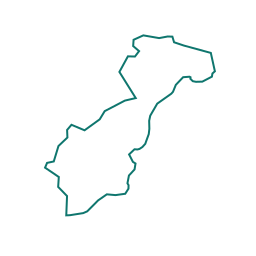 Westmoreland, Virginia, United States of America, rotated 103°
{"feature_id": "52423323B55573357858971", "entity_name": "Westmoreland", "entity_type": "district", "adm_level": 2, "iso_a3": "USA", "parent_name": "United States of America", "parent_adm1": "Virginia", "projection": "mercator", "projection_center": [-76.807, 38.122], "detail": "fine", "context": "isolated", "style": "outline", "palette": "teal", "viewbox_px": 256, "rotation_deg": 103, "n_neighbors": 0, "source": "geoboundaries", "source_scale": "gbopen_adm2", "svg_char_len": 963}
<svg xmlns="http://www.w3.org/2000/svg" viewBox="0 0 256 256"><g transform="rotate(103 128 128)"><path d="M185.3,199.9L191.3,184.4L201.1,182.8L208.0,172.1L227.0,168.5L226.0,164.9L221.0,152.5L218.4,149.0L205.2,140.8L197.4,133.7L196.2,125.1L192.7,115.9L187.0,113.9L183.6,114.6L182.0,116.1L174.1,116.4L166.9,112.3L160.9,112.7L159.9,115.6L153.5,121.0L147.3,116.9L147.2,116.5L146.8,114.0L145.8,112.1L143.3,109.7L139.5,107.6L137.5,107.4L129.3,106.4L124.0,107.0L116.2,109.0L111.0,109.1L97.7,105.0L84.8,93.5L82.6,92.3L75.2,91.1L66.1,85.7L64.2,79.6L64.5,78.5L66.0,78.3L67.8,75.4L67.7,72.2L66.1,66.0L59.1,57.8L55.9,58.0L53.2,56.1L36.2,64.2L35.1,92.1L34.1,102.4L29.0,105.3L29.9,109.9L33.4,117.9L34.3,133.9L40.8,142.4L47.0,141.4L50.6,134.5L56.8,137.3L58.2,144.2L75.3,149.0L97.1,127.2L102.0,137.2L116.8,154.5L125.9,157.5L140.0,169.8L137.6,183.8L143.6,186.9L150.9,184.9L161.2,191.7L177.3,192.8L180.2,199.0L185.3,199.9Z" fill="none" stroke="#0f766e" stroke-width="2"/></g></svg>